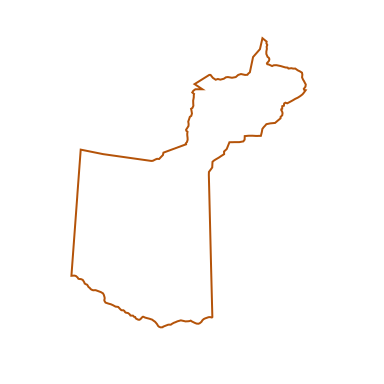 outline of Kundiawa/Gembogl District, Chimbu, Papua New Guinea, rotated 164°
{"feature_id": "67681753B57459737703573", "entity_name": "Kundiawa/Gembogl District", "entity_type": "district", "adm_level": 2, "iso_a3": "PNG", "parent_name": "Papua New Guinea", "parent_adm1": "Chimbu", "projection": "mercator", "projection_center": [145.0, -5.921], "detail": "fine", "context": "isolated", "style": "outline", "palette": "amber", "viewbox_px": 384, "rotation_deg": 164, "n_neighbors": 0, "source": "geoboundaries", "source_scale": "gbopen_adm2", "svg_char_len": 3171}
<svg xmlns="http://www.w3.org/2000/svg" viewBox="0 0 384 384"><g transform="rotate(164 192 192)"><path d="M287.3,263.4L302.8,221.4L303.8,218.6L331.0,144.7L328.2,144.1L326.8,143.3L325.6,141.5L325.1,139.9L323.8,139.2L322.8,138.9L321.3,137.7L320.7,135.8L320.4,134.6L320.4,133.6L319.4,132.6L318.3,131.7L317.6,129.0L316.9,128.3L316.1,126.5L315.0,125.4L314.1,124.8L311.7,124.2L307.2,120.9L305.5,119.1L305.1,117.3L305.1,114.7L305.4,113.4L306.1,112.3L306.1,111.2L305.6,109.5L303.0,107.7L301.0,106.5L299.2,105.0L297.1,102.9L295.6,102.3L294.6,101.8L293.7,100.0L292.8,98.3L292.0,97.6L290.5,97.2L289.8,96.3L289.4,94.9L288.9,94.3L286.9,93.3L286.1,92.3L285.6,91.5L285.2,90.2L282.8,89.4L282.1,88.0L281.1,87.5L281.0,86.8L280.9,86.0L279.3,84.4L278.1,83.7L276.7,83.9L275.8,84.5L273.9,85.6L273.2,85.5L271.7,84.2L269.9,83.1L268.0,82.0L265.5,80.3L264.4,78.8L263.3,77.5L262.6,76.0L261.9,74.3L261.6,72.8L260.7,71.4L259.4,70.5L257.5,70.1L256.9,70.5L253.8,70.8L251.5,71.0L250.5,70.8L249.0,70.3L247.2,70.9L245.3,71.3L243.8,71.4L241.7,71.7L238.1,71.7L235.7,70.4L233.9,69.4L231.3,68.8L229.9,68.6L228.7,68.7L227.6,67.4L225.0,65.1L223.8,64.2L222.1,63.6L220.8,63.7L218.7,64.6L217.4,65.8L215.8,66.6L214.1,66.9L212.1,67.0L210.6,67.1L209.2,66.8L207.5,65.9L206.9,66.2L193.9,116.3L180.5,167.7L171.1,203.8L170.2,206.6L165.8,210.0L164.0,215.3L162.7,216.0L160.9,216.6L156.6,217.7L153.9,218.6L150.7,219.5L150.0,222.1L146.8,223.7L142.3,229.5L137.0,228.1L132.9,226.9L128.7,226.5L127.0,227.8L125.9,231.2L121.7,230.4L118.0,229.3L114.9,228.2L110.3,227.0L109.5,228.4L108.3,230.5L107.0,233.2L105.3,234.5L103.3,235.7L101.8,236.7L97.9,236.4L93.1,235.5L89.6,237.1L86.6,238.4L86.2,239.7L84.1,240.9L83.2,242.9L83.2,244.8L83.6,245.8L83.4,246.9L82.4,247.1L81.6,249.6L79.9,249.6L79.0,251.7L77.6,252.1L76.0,251.0L73.6,251.5L70.0,252.3L67.0,253.1L64.4,253.5L61.4,254.4L58.9,255.4L57.4,256.4L54.7,258.5L55.9,259.1L56.1,260.3L53.9,262.0L53.0,264.0L53.5,266.1L53.7,267.4L54.3,269.5L54.6,271.9L53.6,274.3L53.4,276.4L55.0,278.2L56.8,279.8L58.7,282.2L60.7,282.7L62.3,283.6L65.3,284.1L65.8,285.2L67.9,286.0L69.5,287.0L72.0,288.6L75.6,290.5L78.4,291.3L80.3,291.0L82.8,293.2L84.4,294.1L84.5,295.1L81.8,296.9L81.0,298.4L81.2,299.9L82.1,301.0L82.5,304.2L81.8,306.6L80.6,308.9L80.2,311.1L79.1,312.6L79.5,314.4L79.0,315.7L78.8,316.0L81.9,320.4L87.3,310.6L96.1,304.9L103.4,291.1L105.3,290.3L106.4,289.4L108.7,289.9L112.4,291.9L115.3,291.8L118.3,290.4L122.1,290.8L125.8,292.6L127.8,292.9L130.2,292.1L133.8,292.2L136.0,293.5L138.3,293.4L140.5,296.0L141.9,299.4L143.1,299.8L159.8,295.0L153.7,287.9L160.4,289.8L161.1,289.6L162.9,288.9L164.3,287.6L163.0,285.7L163.3,285.3L163.4,284.9L163.6,284.5L163.8,284.0L163.9,283.6L164.0,283.1L164.1,282.8L164.3,282.5L164.3,282.3L165.7,279.5L166.5,276.4L166.9,274.5L168.4,272.7L170.0,272.2L170.0,270.8L170.2,269.3L170.4,267.5L171.7,265.4L173.4,264.8L174.3,263.4L176.2,260.7L176.5,258.3L177.2,256.4L179.1,254.7L180.5,253.5L180.6,252.5L179.7,251.2L180.6,249.1L181.0,247.4L181.3,245.4L181.8,243.4L183.1,241.4L184.6,240.4L184.6,239.5L208.6,237.7L209.8,235.5L212.0,234.3L214.5,232.8L216.4,233.5L217.9,233.4L221.0,232.8L222.6,233.1L267.0,252.9L287.3,263.4Z" fill="none" stroke="#b45309" stroke-width="2"/></g></svg>